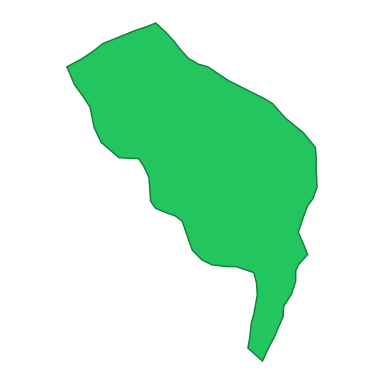 Krideia, Cyprus (Mercator projection)
{"feature_id": "46923920B22982448470937", "entity_name": "Krideia", "entity_type": "district", "adm_level": 2, "iso_a3": "CYP", "parent_name": "Cyprus", "parent_adm1": "", "projection": "mercator", "projection_center": [33.959, 35.389], "detail": "fine", "context": "isolated", "style": "filled", "palette": "green", "viewbox_px": 384, "rotation_deg": 0, "n_neighbors": 0, "source": "geoboundaries", "source_scale": "gbopen_adm2", "svg_char_len": 954}
<svg xmlns="http://www.w3.org/2000/svg" viewBox="0 0 384 384"><path d="M66.9,66.8L74.6,84.8L84.0,97.7L90.0,107.1L94.2,127.7L101.1,142.3L119.0,157.7L138.6,158.6L143.8,166.3L148.9,177.4L149.7,187.7L150.6,201.4L155.7,208.3L166.0,212.6L175.4,216.0L182.2,221.2L189.0,240.9L192.4,250.3L201.8,259.8L212.1,264.9L227.4,266.6L236.0,266.6L253.9,272.6L256.5,282.9L257.3,294.9L253.9,313.8L251.3,323.2L249.6,338.7L247.9,348.1L262.4,361.0L269.3,346.4L274.4,336.9L278.7,326.7L282.9,317.2L283.8,306.1L291.5,294.1L295.7,281.2L295.7,270.9L298.3,264.9L307.6,254.5L304.3,246.0L298.3,232.3L303.4,216.9L307.7,205.7L312.8,198.9L317.1,186.9L316.2,169.7L316.2,158.6L315.4,147.4L303.4,132.8L285.5,118.2L272.7,103.7L264.1,98.5L250.5,91.7L241.9,87.4L228.3,80.5L220.6,75.4L207.8,66.8L198.4,64.2L188.2,58.2L180.5,49.6L174.5,41.9L166.0,32.5L155.7,23.0L147.2,26.5L134.4,30.8L124.1,35.0L102.8,43.6L94.2,50.5L81.4,59.1L66.9,66.8Z" fill="#22c55e" stroke="#15803d" stroke-width="1.5"/></svg>